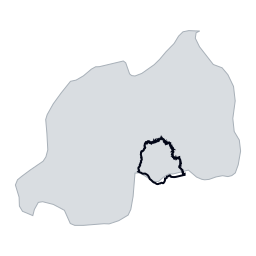 location of Bugesera, Eastern, Rwanda
{"feature_id": "39286606B3134655885223", "entity_name": "Bugesera", "entity_type": "district", "adm_level": 2, "iso_a3": "RWA", "parent_name": "Rwanda", "parent_adm1": "Eastern", "projection": "mercator", "projection_center": [30.152, -2.233], "detail": "fine", "context": "in_parent", "style": "outline", "palette": "ink", "viewbox_px": 256, "rotation_deg": 0, "n_neighbors": 0, "source": "geoboundaries", "source_scale": "gbopen_adm2", "svg_char_len": 6452}
<svg xmlns="http://www.w3.org/2000/svg" viewBox="0 0 256 256"><path d="M95.6,66.8L99.3,66.7L123.3,61.0L125.7,62.8L129.6,73.9L131.7,75.6L135.0,76.0L141.8,73.4L154.2,64.7L159.6,59.4L165.9,51.9L174.1,43.5L178.6,36.1L183.0,31.8L188.8,30.6L195.3,30.9L199.7,31.0L196.1,32.8L195.3,38.2L199.5,46.8L213.3,64.5L222.1,67.8L227.9,74.7L233.5,86.4L235.2,100.9L232.8,118.5L234.2,131.5L239.3,140.1L240.6,151.1L238.2,164.8L235.3,172.9L231.8,175.6L227.9,176.6L222.6,175.7L216.1,176.9L209.0,179.4L204.6,179.8L201.8,179.3L196.6,177.1L188.4,170.1L173.1,174.0L168.9,173.9L163.3,177.2L158.7,181.4L155.9,181.7L153.1,181.1L139.9,172.8L135.0,173.1L133.1,196.4L130.8,209.4L128.1,215.1L118.7,220.7L109.1,223.9L103.9,223.7L83.0,225.4L74.8,225.4L70.3,223.5L64.4,210.3L53.3,204.4L42.6,201.7L38.3,202.4L34.4,209.4L32.8,215.6L22.5,211.3L19.4,206.1L19.1,197.2L15.4,185.0L17.5,179.8L21.5,176.5L30.1,170.1L43.1,161.2L45.9,156.9L47.8,149.9L46.9,133.4L45.7,119.5L47.2,114.6L53.2,103.9L61.2,92.9L70.5,81.3L76.1,80.1L83.5,75.8L91.3,69.2L95.6,66.8Z" fill="#d9dde1" stroke="#a8b0b8" stroke-width="1"/><path d="M145.0,143.4L144.9,143.7L144.9,144.1L144.8,144.5L144.8,144.9L144.6,145.2L144.5,145.6L144.7,145.9L144.8,146.1L144.6,146.4L144.6,146.7L144.7,147.2L144.9,147.1L145.0,147.2L145.2,147.6L145.0,147.9L144.9,148.3L144.7,148.4L144.4,148.4L144.1,148.7L143.9,149.4L143.9,149.8L143.2,150.7L142.9,150.9L142.7,150.8L142.1,151.4L141.6,151.2L141.3,151.5L141.2,152.3L141.0,152.5L141.0,153.7L140.8,154.3L140.9,154.7L140.9,154.9L141.0,155.1L141.1,155.5L141.2,156.0L141.3,156.4L141.2,156.7L141.2,156.9L141.3,157.0L141.1,157.3L141.1,157.5L141.4,157.6L141.6,157.7L141.5,158.4L141.7,158.7L141.7,158.9L141.8,159.2L141.7,159.5L141.7,159.8L141.5,160.0L141.3,160.5L141.0,160.9L141.1,161.0L141.0,161.3L141.1,162.3L140.9,162.5L140.5,162.9L140.4,163.3L140.5,163.7L140.2,164.0L139.8,164.6L139.9,164.8L139.9,165.1L140.0,165.3L139.8,165.7L139.9,165.8L139.6,166.1L139.5,166.5L139.2,167.0L138.8,167.4L138.7,167.3L138.5,167.5L138.4,168.6L138.5,169.1L138.8,169.5L138.8,169.8L138.9,170.1L138.9,170.3L139.1,170.6L139.0,170.9L138.8,170.9L138.7,171.2L138.3,171.6L139.8,172.3L141.0,172.7L141.9,173.3L142.6,173.6L143.2,173.7L144.9,173.6L145.4,173.7L146.4,174.3L147.5,175.0L148.1,175.7L149.2,177.5L149.7,178.9L149.9,179.1L151.2,180.1L152.8,181.7L153.7,182.4L154.5,182.6L155.1,182.9L156.6,183.9L157.5,184.1L158.3,184.0L159.3,183.5L160.2,183.4L160.5,183.3L161.2,182.8L161.9,182.8L162.9,183.2L163.4,183.1L164.3,181.9L164.8,180.9L165.1,179.6L164.9,179.1L165.0,178.5L165.8,178.4L166.7,177.9L166.7,177.7L166.9,176.9L166.9,176.6L168.0,176.4L168.5,176.1L169.1,175.6L169.9,175.3L170.5,175.9L170.5,176.2L170.7,176.3L170.7,176.6L171.3,176.9L174.1,177.1L175.9,176.9L183.4,175.1L184.6,174.9L184.6,174.0L184.4,174.1L184.0,174.1L183.9,174.0L183.7,174.2L183.5,173.8L183.3,173.8L183.4,173.6L183.3,173.4L183.1,173.4L182.9,173.3L182.8,173.1L182.9,172.8L182.7,172.5L182.9,172.5L183.0,172.4L182.7,171.8L182.9,171.6L182.9,171.4L182.7,171.2L182.4,170.4L182.2,170.2L182.3,169.9L181.8,169.5L181.4,169.5L181.1,168.7L180.5,168.3L180.3,167.9L180.0,167.8L179.9,167.5L179.7,167.6L179.4,167.3L179.6,167.0L179.4,166.7L179.6,166.5L179.6,166.3L179.7,166.1L179.5,165.9L179.6,165.7L179.7,165.8L179.9,165.5L180.2,165.5L180.0,165.1L180.2,165.3L180.5,165.0L180.5,164.1L180.2,163.6L180.2,163.4L180.3,163.3L180.2,163.0L180.5,162.6L180.8,162.7L180.6,161.7L180.3,161.8L180.3,161.6L180.2,161.5L180.1,161.1L180.1,160.7L180.3,160.4L180.1,159.4L179.6,159.0L179.3,158.9L179.1,158.7L178.9,158.6L178.7,158.4L178.8,158.2L179.3,157.8L179.2,157.5L179.2,157.4L179.0,157.5L178.9,157.3L178.4,157.6L178.3,158.0L177.9,158.1L177.8,157.8L177.7,157.8L177.4,158.2L177.2,158.1L177.3,158.0L177.2,157.9L176.8,158.3L176.8,158.2L176.5,158.2L176.4,158.0L176.2,157.9L176.0,158.2L175.9,157.9L175.8,158.2L175.7,158.2L175.6,157.9L174.9,158.1L174.8,158.3L174.7,158.4L174.6,158.2L174.5,158.4L174.5,158.5L174.0,158.5L173.9,158.2L173.8,157.5L173.8,157.4L173.5,157.3L173.6,157.2L173.4,157.1L173.2,156.9L173.4,156.9L172.9,156.6L172.7,156.3L172.5,156.2L172.8,156.0L172.8,155.6L172.9,155.1L172.7,154.9L172.2,154.7L171.9,154.5L172.2,153.7L172.7,153.5L172.9,152.4L173.3,152.2L173.4,151.8L173.0,151.4L172.5,151.4L172.9,150.5L172.6,150.6L172.9,150.2L173.0,149.9L172.5,150.0L172.7,149.9L172.7,149.4L172.4,149.3L172.5,149.1L173.0,149.1L172.7,148.9L173.0,148.9L173.0,148.4L172.8,147.7L172.2,147.4L172.0,147.0L171.3,147.1L171.1,147.2L170.8,146.8L170.7,146.5L171.0,146.6L171.1,146.4L170.5,146.1L170.5,145.9L170.3,145.8L170.3,145.6L170.6,145.4L170.2,145.3L170.1,145.2L170.3,144.9L170.1,144.6L170.2,144.4L169.8,143.8L169.9,143.6L170.2,143.5L170.2,143.4L169.9,143.5L169.5,142.9L169.4,142.8L169.3,143.1L168.9,142.8L168.7,142.8L168.7,143.0L168.4,142.7L168.1,142.7L167.6,142.5L167.6,143.1L167.5,143.3L167.2,143.2L167.0,143.5L166.7,143.4L166.6,143.7L166.4,143.6L166.2,143.9L166.0,144.0L165.9,143.5L165.7,143.5L165.7,143.4L165.9,142.7L165.6,142.7L165.7,142.4L165.3,142.6L165.2,142.4L165.3,142.1L165.0,142.1L165.1,141.6L164.6,142.0L164.3,141.9L164.4,141.7L164.1,141.4L164.5,141.1L164.2,140.9L164.1,140.3L164.0,140.2L164.0,139.9L163.8,139.8L163.5,139.4L163.2,139.4L163.3,139.2L163.1,139.1L163.0,138.9L162.8,138.8L162.8,139.1L162.7,139.2L162.4,139.1L162.3,138.6L162.1,138.3L162.0,138.6L161.4,138.5L161.4,138.9L161.1,138.8L161.0,138.4L160.9,138.7L160.5,138.6L160.4,139.1L160.2,139.2L159.9,139.0L159.7,139.3L159.3,139.7L159.1,139.5L158.8,139.7L158.6,139.4L158.4,139.7L158.1,139.6L158.3,140.0L158.2,140.0L157.9,139.9L158.2,140.2L158.1,140.3L157.9,140.5L157.7,140.1L157.4,140.4L157.2,140.5L157.4,140.7L157.1,141.0L156.9,140.8L156.6,140.7L156.5,141.1L156.9,141.3L156.2,141.4L156.2,141.5L156.3,141.7L156.1,141.8L156.0,141.7L156.1,141.4L156.0,141.2L155.9,141.6L155.5,141.9L155.5,141.6L155.2,141.7L155.1,141.4L155.0,141.7L154.6,141.6L154.5,141.8L154.4,141.7L154.2,141.4L154.2,141.6L153.9,141.6L153.8,142.0L153.6,142.3L153.4,142.0L153.0,142.3L153.1,141.9L152.9,141.8L152.5,142.1L152.1,142.2L151.9,142.4L151.8,142.1L151.7,142.1L151.5,142.3L151.6,142.6L151.4,142.9L151.3,142.6L151.3,142.4L150.9,142.3L150.9,142.6L150.7,142.8L150.3,143.0L150.2,143.1L149.9,143.0L149.8,142.6L149.0,142.5L148.9,142.3L148.9,142.2L149.1,142.2L149.3,141.9L149.3,141.4L148.9,141.2L148.7,141.3L148.0,141.2L147.8,141.5L147.9,141.8L147.5,141.6L147.1,141.8L147.3,142.0L146.9,142.5L147.0,142.6L147.3,142.5L147.2,142.8L146.8,142.6L146.5,142.6L145.9,142.3L145.8,142.5L145.9,142.9L145.6,142.7L145.4,143.1L145.0,143.4Z" fill="none" stroke="#020617" stroke-width="2"/></svg>